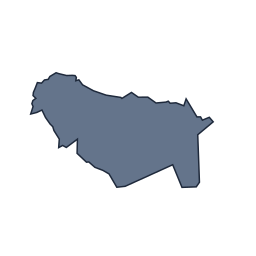 Shafirkan, Bukhoro, Uzbekistan (Natural Earth projection), rotated 149°
{"feature_id": "79887680B37320061840085", "entity_name": "Shafirkan", "entity_type": "district", "adm_level": 2, "iso_a3": "UZB", "parent_name": "Uzbekistan", "parent_adm1": "Bukhoro", "projection": "natural_earth1", "projection_center": [64.292, 40.455], "detail": "fine", "context": "isolated", "style": "filled", "palette": "slate", "viewbox_px": 256, "rotation_deg": 149, "n_neighbors": 0, "source": "geoboundaries", "source_scale": "gbopen_adm2", "svg_char_len": 935}
<svg xmlns="http://www.w3.org/2000/svg" viewBox="0 0 256 256"><g transform="rotate(149 128 128)"><path d="M160.5,79.5L108.6,73.5L112.3,49.3L99.8,42.4L94.7,44.7L71.7,86.3L51.8,89.4L52.8,95.3L60.2,96.4L60.1,100.2L63.2,102.0L63.2,123.0L68.7,118.3L73.9,124.9L79.1,127.5L79.7,130.3L82.0,130.6L91.1,135.0L95.1,144.2L103.3,149.1L106.7,156.7L118.0,156.5L118.4,157.9L129.8,167.4L138.5,177.8L144.7,188.4L145.3,194.6L148.4,195.4L146.2,198.0L146.4,200.2L148.6,201.8L153.6,204.6L159.3,210.2L161.2,212.4L168.4,212.4L171.4,210.8L174.9,212.2L179.0,211.0L182.3,213.6L187.2,209.8L190.7,207.3L192.7,204.7L191.7,200.9L195.4,200.5L197.9,198.3L198.3,195.3L204.2,190.1L198.2,188.3L192.5,187.7L193.3,179.5L192.7,171.3L191.8,167.9L192.8,163.9L192.6,153.9L197.5,146.9L193.0,146.7L190.9,143.1L177.1,144.5L184.7,132.5L181.2,120.1L179.1,119.1L176.6,111.3L171.4,104.7L167.9,98.4L168.1,83.0L160.5,79.5Z" fill="#64748b" stroke="#1e293b" stroke-width="1.5"/></g></svg>